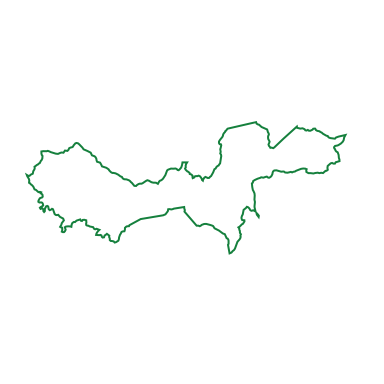 Mara Rosa, Goiás, Brazil, rotated 351°
{"feature_id": "56859067B85632953243460", "entity_name": "Mara Rosa", "entity_type": "district", "adm_level": 2, "iso_a3": "BRA", "parent_name": "Brazil", "parent_adm1": "Goiás", "projection": "orthographic", "projection_center": [-49.395, -14.029], "detail": "fine", "context": "isolated", "style": "outline", "palette": "green", "viewbox_px": 384, "rotation_deg": 351, "n_neighbors": 0, "source": "geoboundaries", "source_scale": "gbopen_adm2", "svg_char_len": 6016}
<svg xmlns="http://www.w3.org/2000/svg" viewBox="0 0 384 384"><g transform="rotate(351 192 192)"><path d="M219.5,258.5L221.5,258.0L222.9,256.7L224.3,256.0L225.6,254.6L229.1,248.3L231.5,246.3L232.4,245.3L233.0,244.0L233.0,242.6L233.7,241.4L233.1,240.3L233.0,239.1L233.2,237.9L232.8,236.7L233.0,235.5L232.3,234.2L233.6,233.7L236.3,231.7L237.3,231.4L239.2,229.3L239.3,228.1L237.2,227.6L236.8,226.2L236.9,224.9L237.6,223.4L238.6,222.1L240.2,217.7L242.7,216.3L243.9,215.2L245.1,215.9L246.2,217.4L246.5,218.6L247.1,219.4L248.0,219.9L249.6,219.6L251.7,221.2L251.4,217.0L251.5,215.9L252.6,211.7L252.5,209.3L253.4,205.2L253.5,203.1L252.9,200.8L252.4,199.5L252.3,196.5L252.5,192.9L253.5,192.3L254.2,190.7L256.1,189.9L259.0,189.1L261.6,188.7L262.6,188.3L264.8,189.0L266.9,188.6L268.3,188.5L269.2,189.5L270.3,190.0L271.8,189.5L272.9,188.7L274.1,187.1L274.8,185.2L275.4,184.3L276.6,183.6L278.8,183.8L283.3,185.9L285.0,186.0L286.0,186.2L287.0,187.3L289.4,187.9L292.9,187.6L293.9,188.3L295.2,187.9L296.8,187.9L298.2,187.3L303.4,186.2L305.4,186.2L307.4,186.6L308.8,187.4L308.2,188.7L308.1,190.1L310.0,191.6L312.4,192.0L314.8,192.7L316.8,192.5L319.2,192.6L320.8,193.3L322.6,193.2L324.4,193.8L327.2,192.0L328.2,192.1L329.6,191.3L329.5,189.5L330.1,187.5L333.4,185.4L334.9,185.2L336.1,186.1L337.6,186.3L338.6,185.1L342.5,184.6L342.7,182.9L342.4,181.3L342.6,178.3L342.1,175.6L340.8,174.5L340.2,173.4L340.0,172.1L339.4,171.3L339.3,170.0L340.5,168.9L343.2,168.8L344.4,168.4L346.7,167.4L348.8,165.9L349.9,164.5L350.8,162.0L352.5,159.7L345.5,160.2L342.8,160.7L341.5,161.7L337.1,160.4L335.7,159.6L335.1,158.8L334.8,157.9L333.6,157.5L330.4,154.9L329.4,153.6L328.1,152.8L327.5,152.0L325.3,151.2L324.1,150.2L323.6,148.7L322.6,148.5L321.6,148.5L320.8,149.3L318.5,150.0L317.1,149.8L316.1,148.8L314.8,149.2L313.6,148.8L313.0,147.6L311.2,146.4L308.8,146.3L305.8,145.0L305.8,143.8L290.9,153.5L280.3,160.8L279.1,161.4L277.5,160.6L276.3,160.6L276.0,159.7L275.2,158.4L275.0,157.0L276.1,155.3L276.5,154.3L275.6,151.6L275.6,150.4L275.9,148.8L276.9,147.3L276.9,146.1L276.4,145.0L276.0,142.0L270.9,138.7L268.7,136.0L267.7,135.6L266.5,134.6L266.2,133.0L237.2,135.0L236.2,135.7L235.3,136.7L234.4,137.1L233.9,138.0L232.8,138.8L231.8,140.0L231.4,141.2L230.6,142.4L227.9,144.8L226.6,146.3L226.3,147.8L226.8,149.1L228.0,149.4L228.2,150.4L227.2,153.0L226.6,154.2L226.6,156.9L225.9,158.4L226.5,159.6L226.5,161.1L224.2,168.2L223.2,169.0L222.4,170.0L221.3,170.3L220.0,171.2L219.0,172.5L217.7,173.0L216.0,175.9L213.4,179.2L212.1,179.9L211.2,180.7L209.9,180.7L207.6,179.2L206.4,179.8L204.9,181.5L204.5,182.5L203.8,181.7L203.7,180.4L202.5,177.9L201.2,176.9L199.5,177.2L198.6,176.9L197.3,177.0L196.5,178.0L194.9,178.4L194.8,177.3L195.1,176.0L194.1,174.6L192.6,173.9L192.6,172.8L191.4,171.4L190.6,170.9L189.2,169.0L188.8,167.7L189.7,166.7L189.8,165.2L190.5,163.5L191.8,162.0L187.2,161.3L186.5,163.5L185.6,165.4L185.0,166.3L183.3,167.7L182.2,168.4L181.2,168.0L180.4,166.8L179.3,166.2L177.4,166.1L174.9,165.6L171.9,166.2L170.8,166.8L168.3,171.2L165.4,174.4L163.7,175.5L162.0,175.9L161.2,176.5L159.6,178.6L157.9,177.2L155.2,176.7L153.5,176.0L151.2,174.1L149.7,173.4L148.2,173.9L144.6,175.6L143.4,175.9L141.7,175.6L140.4,175.8L138.6,176.6L137.7,177.3L136.0,176.9L134.0,173.5L133.3,172.8L132.5,171.5L131.6,170.6L129.3,169.3L127.0,168.8L125.7,167.7L125.1,166.1L123.8,165.4L121.9,163.4L119.4,161.6L117.2,160.8L116.3,160.7L115.1,159.8L113.6,157.7L113.2,156.6L111.2,154.7L107.1,152.6L106.6,150.7L105.8,148.6L103.0,147.3L102.7,145.9L102.7,144.1L102.2,142.6L101.4,141.5L98.9,140.1L98.1,137.3L95.1,135.1L91.6,132.9L90.7,131.0L88.1,127.3L87.2,126.2L85.7,125.5L84.4,125.7L82.3,127.5L81.5,128.6L80.6,129.0L79.1,129.1L77.6,129.5L76.6,131.0L75.4,131.9L73.0,131.2L71.2,133.1L69.5,132.6L68.2,132.7L65.6,133.4L63.4,132.8L58.5,130.4L57.8,129.8L56.0,128.8L54.8,129.0L51.5,128.4L49.6,128.4L49.3,130.3L49.4,131.8L50.0,133.0L49.4,135.5L48.4,137.0L47.6,137.6L46.1,139.7L45.0,140.0L44.2,140.7L42.8,141.1L41.9,141.7L40.4,142.4L40.4,143.8L39.9,145.0L38.5,146.6L37.6,149.0L35.3,149.7L34.3,150.5L33.2,150.7L31.5,149.3L31.8,150.8L32.9,153.4L33.1,155.0L32.5,157.4L33.5,158.2L33.9,159.1L35.1,160.3L36.1,161.9L36.9,164.8L38.2,165.5L40.3,168.1L41.9,168.1L43.0,168.7L42.3,169.6L43.3,170.4L43.9,171.4L43.8,173.3L42.9,174.0L41.8,174.1L40.7,174.4L39.1,176.4L38.7,177.6L39.6,178.5L41.5,178.7L42.4,179.2L42.9,180.6L42.9,182.1L41.6,182.7L40.2,183.2L39.3,183.8L39.8,185.0L41.6,184.7L42.5,186.1L42.2,187.5L42.8,188.6L43.6,188.0L44.1,185.3L44.9,184.6L45.6,183.4L46.8,183.1L47.7,183.8L47.8,186.6L48.7,187.7L50.2,187.3L51.1,186.7L52.0,187.3L52.9,192.3L53.8,193.3L54.9,193.7L56.3,193.6L57.7,195.9L60.6,198.1L61.0,200.0L58.5,202.4L57.8,204.0L56.3,205.8L57.0,206.4L58.1,206.9L58.1,208.3L57.7,209.9L57.2,210.8L58.1,211.4L59.4,211.6L60.4,210.8L61.3,209.5L60.9,206.9L62.1,206.4L64.1,206.5L66.2,206.9L67.4,207.5L68.1,205.2L69.1,203.8L70.7,203.1L71.7,203.4L73.5,202.2L77.3,201.6L77.8,203.0L78.8,203.4L79.7,202.5L81.3,202.6L83.1,203.4L82.9,205.7L82.4,206.9L82.4,208.1L83.2,208.8L84.4,209.1L85.5,210.0L88.9,211.3L89.5,213.0L90.5,213.7L92.0,213.4L94.6,214.9L93.1,215.9L92.1,216.9L91.2,218.0L90.6,219.4L93.6,220.1L95.0,220.1L95.8,220.8L95.9,222.1L96.6,223.0L98.0,223.0L98.9,221.3L100.1,220.8L101.4,220.0L103.5,222.2L103.1,223.4L103.5,225.0L103.3,226.7L104.2,227.7L105.3,227.9L106.9,228.5L107.7,229.8L109.0,229.7L111.6,228.6L112.4,227.2L112.9,225.4L114.2,223.0L115.1,222.0L116.2,220.4L117.5,220.1L119.1,220.2L119.8,218.8L120.2,216.9L121.5,216.0L122.5,215.7L124.4,215.9L125.0,215.0L137.1,210.7L159.9,210.5L162.3,209.9L165.1,207.2L165.8,205.3L167.1,205.4L168.9,206.0L170.3,205.9L171.5,205.6L181.9,205.6L181.8,207.2L182.1,208.7L181.5,210.2L191.3,226.0L192.9,226.2L194.3,227.0L195.5,226.6L196.4,226.0L198.9,225.5L200.1,225.6L201.2,225.8L204.6,227.3L206.6,228.3L207.6,229.0L208.6,231.4L212.6,234.3L216.0,237.8L217.8,238.8L219.0,243.1L219.9,243.6L220.4,244.7L220.5,245.8L220.0,248.9L219.3,249.8L219.5,258.5ZM252.4,222.8L252.5,224.5L253.9,227.1L254.3,225.9L253.7,224.7L252.4,222.8Z" fill="none" stroke="#15803d" stroke-width="2"/></g></svg>